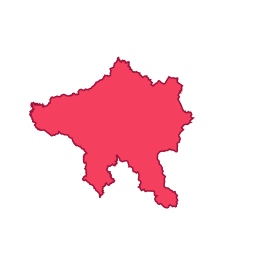 Mueang Phetchabun, Phetchabun, Thailand (Albers equal-area conic projection), rotated 222°
{"feature_id": "78962969B97134381081584", "entity_name": "Mueang Phetchabun", "entity_type": "district", "adm_level": 2, "iso_a3": "THA", "parent_name": "Thailand", "parent_adm1": "Phetchabun", "projection": "albers", "projection_center": [101.207, 16.368], "detail": "fine", "context": "isolated", "style": "filled", "palette": "rose", "viewbox_px": 256, "rotation_deg": 222, "n_neighbors": 0, "source": "geoboundaries", "source_scale": "gbopen_adm2", "svg_char_len": 5778}
<svg xmlns="http://www.w3.org/2000/svg" viewBox="0 0 256 256"><g transform="rotate(222 128 128)"><path d="M86.2,179.1L87.5,178.2L88.9,178.4L89.4,178.8L89.5,180.5L91.8,181.7L93.1,180.6L94.2,180.5L94.1,179.1L95.1,178.2L96.6,178.7L96.7,177.9L97.5,177.8L99.8,178.4L104.1,180.6L110.4,183.0L110.3,184.5L111.0,185.7L112.6,185.9L113.3,188.5L112.6,189.3L114.2,189.9L113.7,191.1L113.1,191.4L114.1,192.8L114.7,192.8L114.7,193.5L115.5,194.0L115.7,195.2L116.1,195.3L116.0,195.8L122.0,195.0L122.5,195.8L123.8,196.4L123.4,197.1L124.6,198.3L126.0,196.5L127.6,195.8L129.2,194.0L131.8,193.5L130.2,185.3L133.0,184.0L136.0,184.1L136.8,183.7L136.5,181.0L137.1,179.8L137.6,177.1L137.2,176.3L137.6,176.0L138.3,176.1L139.5,175.6L140.0,175.9L140.3,177.9L143.4,178.1L143.6,179.0L145.1,177.7L146.3,178.7L148.2,178.6L148.9,179.2L150.5,177.3L150.7,175.6L152.7,175.5L153.6,175.9L155.2,175.4L155.9,176.7L158.6,175.3L159.3,175.6L160.1,174.1L161.1,173.9L161.3,173.1L163.4,173.1L164.4,173.9L165.8,172.8L166.4,173.5L166.3,174.1L167.7,174.7L168.9,173.8L169.4,174.3L169.1,174.6L169.6,175.8L170.5,176.1L170.8,177.3L171.6,177.7L172.2,177.3L172.8,175.3L173.5,174.8L173.9,175.5L175.6,175.8L176.3,175.1L176.2,174.6L177.2,174.8L177.7,173.3L177.1,172.6L178.4,172.4L179.2,172.7L179.5,172.4L180.0,173.0L180.2,172.6L181.1,172.7L181.6,173.6L181.9,173.2L182.3,173.7L182.5,173.2L181.3,171.4L180.7,168.9L181.3,166.9L179.3,163.7L180.9,160.0L178.7,158.9L177.9,157.0L176.3,155.4L177.1,153.2L178.3,153.3L179.6,151.9L180.4,151.7L180.0,151.1L180.3,150.2L179.5,149.0L179.8,148.4L179.5,146.7L180.9,144.7L181.2,142.4L182.3,140.5L181.6,139.3L182.0,138.1L181.6,137.6L182.2,134.2L181.8,133.2L183.0,131.3L183.1,129.9L185.7,128.3L185.6,126.7L187.1,125.7L188.6,125.4L189.5,124.1L189.3,121.5L187.5,120.4L187.5,119.4L188.7,118.9L189.0,117.8L191.4,117.6L192.1,116.6L191.4,115.7L191.9,115.3L191.9,113.8L192.8,113.7L193.1,112.4L194.9,111.1L198.1,110.1L199.5,107.6L199.1,107.2L199.7,105.5L200.9,104.5L201.9,104.3L203.7,100.7L205.1,100.2L205.5,99.3L204.9,99.0L205.1,97.2L202.9,95.0L202.7,94.3L203.5,93.7L203.0,92.3L203.3,89.6L204.6,88.5L204.8,87.1L205.5,86.8L206.2,88.4L206.9,88.1L206.7,87.5L207.4,88.3L207.5,87.4L208.8,86.4L209.2,86.6L209.0,86.1L210.1,86.2L210.4,85.4L210.1,85.0L210.6,84.4L210.9,84.9L211.6,84.6L211.8,85.2L212.3,84.5L212.8,84.6L212.7,83.7L212.1,84.1L212.3,82.9L213.1,83.5L213.5,83.1L213.9,83.7L215.3,83.6L215.2,82.8L216.1,82.3L216.3,81.8L215.7,81.6L215.7,81.1L215.1,81.3L215.2,80.3L214.6,80.6L214.0,79.4L213.6,80.4L211.5,78.8L210.8,79.0L211.4,77.9L210.7,77.5L211.2,77.3L211.4,76.3L210.7,76.9L210.1,76.4L210.8,76.2L211.4,74.5L210.7,74.5L210.5,74.0L210.1,74.3L210.0,72.5L209.4,72.7L209.2,72.3L208.7,72.9L207.8,71.5L206.8,71.8L205.3,70.4L204.2,70.5L203.2,69.2L202.7,69.5L202.3,69.1L201.1,70.0L200.0,70.1L199.5,69.4L199.7,68.3L199.3,67.6L198.3,67.6L196.6,66.8L195.6,67.1L194.0,66.7L193.8,67.4L193.2,67.2L192.7,67.8L192.4,67.4L191.7,67.7L188.8,70.5L179.5,71.1L178.7,72.9L177.6,73.6L177.7,74.9L176.1,77.0L176.1,77.8L176.9,78.5L177.0,79.0L173.5,79.0L173.2,79.6L170.5,80.6L168.6,82.3L167.3,82.5L166.0,81.9L164.4,82.0L162.9,82.9L159.7,81.1L159.3,81.4L158.1,80.6L156.6,80.4L156.3,80.9L155.3,80.2L154.4,80.5L154.0,81.3L151.6,81.6L151.0,82.5L148.8,81.7L146.9,82.7L146.9,82.3L145.6,82.4L145.2,81.9L141.8,81.7L142.8,79.1L142.0,78.7L142.2,77.3L141.8,76.7L141.0,76.6L140.0,74.8L137.5,72.7L136.6,73.0L136.3,74.2L134.8,73.2L133.9,71.9L133.9,71.0L132.6,69.7L132.8,68.9L131.5,69.0L130.4,67.9L129.6,67.6L129.3,66.6L127.8,65.9L127.7,65.1L127.0,64.2L127.5,64.1L128.2,62.4L127.7,61.9L127.8,60.2L126.7,59.3L126.0,59.3L125.0,60.1L124.6,61.3L123.1,60.9L119.9,61.2L118.8,60.7L116.3,61.8L114.7,61.8L113.7,61.5L113.2,60.6L111.7,60.9L109.8,60.1L108.7,60.4L105.4,60.1L102.6,57.7L102.4,58.1L103.3,60.1L102.6,61.2L102.6,62.1L103.6,63.2L103.3,63.5L103.8,63.5L104.4,64.6L104.8,64.1L105.0,64.7L105.6,64.8L106.1,66.3L107.5,67.6L106.5,68.8L106.8,69.5L106.4,70.3L107.5,71.3L107.3,72.6L106.8,72.1L104.0,72.5L103.7,73.3L104.1,75.1L103.2,75.9L103.4,77.5L102.5,77.9L102.5,78.9L102.9,80.0L104.3,79.8L104.7,80.5L106.0,79.5L107.1,80.2L108.2,80.0L108.6,80.2L108.4,81.1L109.1,81.8L109.9,81.3L110.6,81.7L110.5,82.2L110.9,82.5L111.2,81.9L112.0,82.7L112.6,82.3L112.5,82.9L113.3,82.2L116.2,83.0L116.5,85.0L117.5,85.8L117.4,86.5L115.8,87.5L115.1,90.9L113.7,90.5L112.5,91.3L113.0,92.1L112.7,92.5L113.3,92.8L112.5,94.1L113.2,94.8L114.4,94.8L114.0,95.1L114.6,95.8L114.3,96.5L115.0,96.5L114.9,97.3L115.4,97.4L115.5,98.2L118.1,99.6L117.9,100.5L113.7,99.6L112.1,98.5L109.8,99.1L107.5,102.6L105.9,103.0L102.0,100.7L101.4,99.8L99.9,101.2L97.5,101.4L96.0,99.7L94.9,99.2L93.6,100.0L91.7,100.1L91.6,101.6L90.4,101.7L88.3,100.4L85.8,96.7L85.0,96.4L83.6,97.0L81.8,96.1L81.3,94.9L81.6,93.9L80.3,92.9L80.7,91.1L78.6,91.6L77.7,90.9L76.2,90.6L75.9,91.6L75.3,92.0L75.1,93.2L73.1,92.4L72.4,92.6L71.9,93.9L66.5,98.4L65.1,97.7L63.5,95.9L62.4,96.1L61.1,97.0L60.8,96.4L61.4,95.2L60.6,93.2L58.8,92.2L56.7,92.2L55.4,91.7L53.7,92.2L53.1,93.8L48.3,93.5L46.6,94.1L45.2,95.2L44.9,96.3L45.7,98.7L43.8,99.4L42.5,99.2L41.4,100.8L39.9,101.3L39.7,102.1L40.6,103.2L41.1,105.0L42.5,105.3L42.7,107.5L45.5,108.8L46.2,110.9L49.0,111.0L50.4,112.1L51.8,110.5L53.6,110.9L54.7,110.2L57.7,110.3L60.1,108.7L61.9,108.7L63.8,110.6L64.9,112.7L66.8,114.1L67.9,117.0L71.3,116.8L72.8,118.0L73.0,119.4L75.0,119.9L75.7,121.2L78.8,122.3L80.7,122.1L81.7,123.4L83.0,124.2L85.3,124.4L88.4,128.3L88.5,131.8L86.5,134.4L85.4,135.0L85.3,135.9L83.5,137.9L83.2,139.0L83.4,139.7L83.0,140.3L82.0,140.2L80.0,141.6L78.4,142.3L76.7,142.4L75.9,143.0L76.1,144.0L79.0,147.1L79.4,148.1L80.9,149.0L81.2,150.0L80.4,151.9L81.2,152.9L81.7,154.6L83.3,155.7L84.8,155.9L85.6,156.9L85.8,159.1L86.2,159.5L85.7,163.9L88.4,164.0L88.5,168.2L85.9,171.0L85.8,173.1L85.2,174.1L85.8,173.9L86.7,174.9L86.2,179.1Z" fill="#f43f5e" stroke="#9f1239" stroke-width="1.5"/></g></svg>